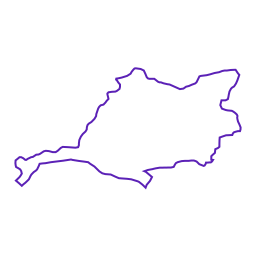 Zakho, Dihok, Iraq
{"feature_id": "34846034B3570372403108", "entity_name": "Zakho", "entity_type": "district", "adm_level": 2, "iso_a3": "IRQ", "parent_name": "Iraq", "parent_adm1": "Dihok", "projection": "mercator", "projection_center": [42.817, 37.203], "detail": "fine", "context": "isolated", "style": "outline", "palette": "violet", "viewbox_px": 256, "rotation_deg": 0, "n_neighbors": 0, "source": "geoboundaries", "source_scale": "gbopen_adm2", "svg_char_len": 2845}
<svg xmlns="http://www.w3.org/2000/svg" viewBox="0 0 256 256"><path d="M239.3,74.9L238.0,73.4L235.6,69.8L234.3,69.8L230.6,70.0L227.1,70.5L224.7,70.5L222.2,71.0L219.1,72.2L214.6,73.0L209.9,74.4L206.6,75.2L200.9,75.9L199.4,76.4L198.0,79.3L196.5,82.3L195.1,83.5L191.8,84.7L188.9,86.0L186.9,86.5L186.1,86.7L183.4,88.6L179.9,89.1L177.2,87.9L169.6,84.5L167.4,84.2L163.5,83.3L160.8,82.3L159.4,82.3L158.1,81.8L154.3,78.8L152.8,78.8L149.3,78.8L147.9,78.4L146.7,77.1L145.4,73.9L143.8,70.5L140.7,69.0L135.8,68.3L134.5,68.5L133.5,69.5L131.7,71.7L130.6,73.7L127.1,75.9L121.6,77.6L117.9,78.4L116.3,78.6L116.1,79.6L116.9,80.3L118.3,82.5L120.0,84.5L120.0,86.9L119.5,88.9L116.9,90.9L115.4,91.6L111.9,91.8L108.5,92.3L107.4,93.5L107.4,94.3L108.0,96.7L108.5,98.9L106.6,100.9L105.4,102.6L104.4,103.6L103.5,104.6L100.7,105.3L99.2,106.8L98.2,108.5L96.3,114.1L96.1,116.1L94.5,118.8L91.4,122.0L88.7,123.7L87.5,125.1L86.9,127.1L86.7,129.5L85.5,131.5L82.8,134.0L80.9,136.6L79.3,140.1L78.9,143.5L78.9,145.2L78.1,147.2L75.4,147.7L68.6,147.2L62.7,146.9L60.8,147.9L57.7,150.8L55.7,152.1L54.9,152.1L52.6,152.1L48.9,151.1L45.8,150.8L43.8,151.3L40.1,153.8L38.6,154.5L36.2,154.7L34.7,155.7L32.9,156.9L31.1,157.2L27.6,158.9L26.3,159.9L25.3,159.9L23.2,158.2L21.2,157.2L19.5,157.2L17.5,158.9L15.6,160.4L15.4,163.1L15.7,165.5L16.1,167.0L18.3,168.2L20.2,169.4L21.2,171.1L21.8,173.6L20.8,175.3L19.6,177.0L15.9,180.6L19.1,183.3L21.8,185.8L23.5,184.2L25.3,182.8L27.3,180.9L28.9,179.3L30.6,175.8L31.4,174.5L33.7,172.1L35.9,170.6L37.1,169.4L38.8,165.9L39.6,163.8L42.6,163.4L45.4,163.2L50.8,162.2L63.1,160.7L71.0,159.5L72.4,159.9L78.6,160.9L84.0,161.6L88.2,162.2L89.9,163.6L94.4,166.5L99.4,171.4L102.3,173.3L105.3,174.1L110.7,174.5L115.2,176.6L118.9,178.2L121.4,178.4L127.0,178.8L131.2,179.3L137.7,181.3L139.0,181.9L142.4,184.6L145.6,187.7L146.7,184.8L150.0,180.9L152.0,177.0L148.1,173.7L145.8,171.8L144.4,171.2L147.8,170.0L150.9,169.4L152.2,169.2L153.7,168.8L155.9,168.3L159.6,167.7L171.1,167.5L173.7,166.9L174.8,164.8L175.8,163.2L177.6,162.2L181.7,161.1L184.4,160.9L188.3,160.9L191.6,160.5L193.8,160.5L195.6,161.1L196.7,161.6L199.3,164.2L203.7,165.9L204.6,165.5L205.7,163.8L206.0,162.6L207.7,162.6L209.7,162.4L210.8,162.4L211.3,162.0L212.1,161.4L213.0,159.9L211.3,159.7L211.3,158.7L211.3,156.2L212.7,154.8L214.9,152.9L215.3,149.2L218.0,148.0L219.4,146.8L219.4,143.9L219.5,140.2L219.7,137.5L222.5,136.5L226.0,135.3L232.3,135.0L232.9,133.4L234.1,132.2L236.1,131.6L238.0,131.1L240.0,131.1L240.5,129.5L240.6,127.4L239.4,124.4L238.0,121.5L237.4,119.0L237.2,117.6L237.4,116.6L237.4,115.7L236.8,114.5L235.1,112.9L233.3,111.6L231.8,110.8L227.6,110.4L225.7,110.0L221.9,108.6L220.3,105.1L221.5,100.3L225.6,100.3L226.8,99.7L227.9,99.1L228.4,96.9L228.8,94.6L229.5,91.5L231.0,88.7L232.1,87.6L234.1,86.4L236.0,83.5L237.4,80.3L238.2,78.0L239.3,74.9Z" fill="none" stroke="#5b21b6" stroke-width="2"/></svg>